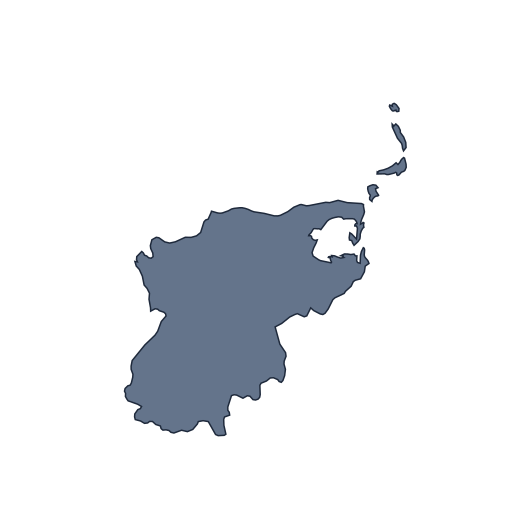 map outline of Thessalia (Robinson projection), rotated 302°
{"feature_id": "GRC-2900", "entity_name": "Thessalia", "entity_type": "Region", "adm_level": 1, "iso_a3": "GRC", "parent_name": "Greece", "parent_adm1": "", "projection": "robinson", "projection_center": [22.751, 39.565], "detail": "fine", "context": "isolated", "style": "filled", "palette": "slate", "viewbox_px": 512, "rotation_deg": 302, "n_neighbors": 0, "source": "natural_earth", "source_scale": "10m", "svg_char_len": 4774}
<svg xmlns="http://www.w3.org/2000/svg" viewBox="0 0 512 512"><g transform="rotate(302 256 256)"><path d="M270.4,194.5L270.5,194.8L272.2,200.7L273.2,202.8L274.6,204.6L279.8,208.7L282.8,210.3L284.7,212.1L288.1,216.4L289.5,218.5L290.6,221.4L291.4,224.7L291.8,228.3L292.4,230.9L296.5,240.4L299.7,250.2L301.6,253.3L303.4,255.1L310.5,259.5L317.4,262.2L322.7,266.0L323.1,266.4L323.7,267.2L325.3,272.2L326.9,274.3L338.5,286.7L340.3,290.2L346.7,296.1L349.6,305.1L356.4,317.7L356.6,319.9L355.2,320.7L350.9,324.6L348.2,325.4L343.0,326.2L340.5,326.9L338.4,327.8L339.2,328.2L339.7,328.6L340.3,328.9L341.2,329.0L341.2,330.1L340.0,330.4L339.0,331.0L338.2,331.6L337.6,332.3L335.9,331.8L332.9,332.0L329.8,332.8L327.8,334.0L325.6,335.0L322.4,334.9L317.0,333.5L318.2,331.1L319.8,329.0L319.1,326.8L320.9,325.3L325.4,323.3L325.4,325.4L323.6,332.3L333.3,327.3L334.7,325.4L333.8,323.9L334.6,323.4L335.9,323.4L336.6,323.8L337.0,324.6L338.0,323.6L338.9,321.8L339.4,319.9L338.8,318.1L335.2,312.4L333.7,310.8L334.3,308.1L332.9,305.1L330.4,302.4L328.2,300.4L325.6,298.7L323.2,297.9L312.7,297.0L312.6,296.4L312.7,295.7L312.4,294.8L311.7,293.9L310.3,291.2L309.6,290.4L308.6,290.3L304.9,290.4L301.9,289.7L301.1,289.9L302.1,291.4L302.1,292.6L300.7,293.9L300.2,295.9L300.6,297.9L302.1,299.4L298.9,300.1L293.5,300.6L288.5,301.8L286.2,304.5L286.0,310.9L286.2,313.0L290.0,323.3L290.9,323.3L291.9,321.5L293.7,319.9L293.1,318.1L293.8,318.0L294.9,319.1L295.6,321.0L296.5,319.9L297.8,322.6L298.3,325.8L299.1,328.9L301.2,331.2L301.2,330.4L301.3,330.2L301.7,330.2L302.1,330.1L301.6,328.9L301.2,327.8L304.6,329.9L306.3,332.8L307.5,335.7L309.6,338.1L308.8,340.2L309.0,340.6L309.6,341.5L305.3,343.9L304.3,345.5L305.0,348.2L312.0,344.2L315.7,343.0L319.9,342.6L319.9,343.7L318.7,344.9L314.3,347.2L313.1,348.3L312.5,349.5L311.5,352.8L310.9,354.0L310.0,355.2L309.5,355.8L309.1,355.6L308.2,355.2L305.3,354.0L300.0,356.3L292.1,356.8L288.0,353.0L285.8,352.1L280.8,352.7L273.5,350.6L271.0,350.6L262.4,345.1L259.7,344.3L249.3,345.3L244.0,344.9L241.8,343.7L240.9,341.2L240.3,333.9L241.0,329.9L232.1,330.8L230.0,329.1L229.0,321.6L226.9,319.9L222.1,316.9L212.6,313.6L206.0,309.8L193.9,322.9L189.7,332.3L186.9,334.6L181.8,335.6L179.2,337.0L175.5,341.0L169.7,343.7L164.7,344.8L162.3,344.4L161.8,342.1L162.7,339.9L162.0,335.3L160.1,332.7L155.5,331.1L150.8,327.7L148.4,327.8L140.7,333.0L138.1,334.0L135.7,333.6L133.6,331.9L132.6,329.5L133.9,325.2L132.9,322.7L128.5,320.3L127.8,313.3L126.7,310.9L124.6,309.2L113.0,312.1L110.2,313.9L109.3,316.1L107.1,318.0L102.8,314.6L100.3,315.2L95.4,318.5L88.9,324.9L87.1,324.1L83.6,319.1L83.2,316.3L90.3,303.3L88.3,298.4L85.0,294.8L82.5,295.3L75.4,294.3L70.7,290.9L68.8,285.2L62.4,280.2L61.4,277.3L61.9,274.7L60.9,271.8L59.0,269.3L59.3,267.0L61.2,265.0L60.0,260.3L60.8,255.9L59.3,253.4L57.0,252.6L55.0,250.1L54.9,245.5L53.3,240.3L55.2,238.3L57.8,236.9L63.1,237.2L65.3,238.8L67.7,238.7L67.6,234.2L65.4,224.3L66.3,222.2L67.7,219.7L70.4,218.2L71.7,216.1L74.3,215.2L78.0,216.1L79.7,217.7L82.2,217.6L87.9,215.7L90.5,214.3L93.7,210.2L96.5,208.4L101.7,206.4L121.8,208.9L135.3,212.3L140.1,212.5L150.3,210.4L157.4,211.5L159.1,209.9L159.5,207.7L158.4,203.0L158.8,200.8L157.8,198.4L153.4,195.9L156.2,194.0L162.6,188.2L168.0,185.4L170.8,180.8L172.1,176.5L178.7,170.3L182.8,164.1L184.0,159.8L187.2,156.2L188.2,158.6L189.6,156.6L192.3,155.2L199.3,156.7L198.9,158.9L197.6,161.0L198.1,163.3L197.6,165.9L198.6,168.3L200.9,169.1L203.8,166.9L206.5,162.8L208.8,160.9L214.6,159.1L219.0,161.5L220.0,164.0L219.6,171.1L221.2,175.9L225.3,180.1L234.4,186.1L237.4,191.1L241.6,194.9L246.6,196.6L257.4,193.8L259.8,194.2L261.9,195.9L269.0,194.9L270.4,194.5ZM401.0,330.1L399.6,329.3L395.3,325.2L394.4,323.8L393.9,321.6L389.7,315.2L391.7,314.2L391.8,315.1L392.2,315.3L392.7,315.2L393.4,315.2L396.7,318.6L400.4,321.5L404.7,323.9L409.3,325.4L408.8,327.9L411.4,328.3L415.0,328.2L417.7,329.0L417.7,330.1L413.4,334.6L410.8,336.4L407.4,336.9L406.1,336.4L404.1,334.9L400.5,334.3L399.4,333.5L399.5,332.4L401.0,331.2L401.0,330.1ZM437.2,313.0L435.2,318.1L431.7,322.8L427.5,325.8L423.3,325.4L425.1,323.1L427.0,321.6L428.6,319.8L430.8,313.6L437.6,303.3L440.0,301.6L439.8,302.3L439.7,302.9L439.6,303.4L439.1,304.0L442.1,304.6L441.4,308.0L439.1,311.7L437.2,313.0ZM369.2,325.4L367.7,325.0L366.3,324.8L364.9,324.9L363.7,325.4L364.1,322.5L365.7,321.4L367.5,321.1L368.3,320.4L368.9,318.7L370.4,316.8L372.2,315.1L373.9,314.2L376.1,315.5L378.4,317.4L379.6,320.1L378.6,323.3L376.4,321.7L374.5,323.5L372.5,327.8L371.5,327.5L370.4,326.1L369.2,325.4ZM456.8,291.2L458.1,291.8L458.7,292.4L458.6,294.9L456.9,299.1L454.4,300.4L453.1,299.0L453.2,297.9L453.9,297.5L453.4,296.8L452.0,296.0L451.4,294.8L451.9,293.0L452.7,291.3L453.7,289.7L454.9,289.4L455.2,291.1L455.3,292.3L455.8,291.8L456.8,291.2Z" fill="#64748b" stroke="#1e293b" stroke-width="1.5"/></g></svg>